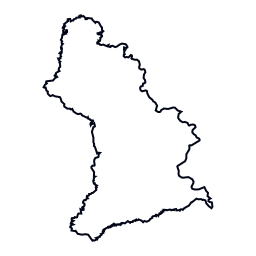 Lizarda, Tocantins, Brazil (Albers equal-area conic projection)
{"feature_id": "56859067B27503487579570", "entity_name": "Lizarda", "entity_type": "district", "adm_level": 2, "iso_a3": "BRA", "parent_name": "Brazil", "parent_adm1": "Tocantins", "projection": "albers", "projection_center": [-46.961, -9.496], "detail": "fine", "context": "isolated", "style": "outline", "palette": "ink", "viewbox_px": 256, "rotation_deg": 0, "n_neighbors": 0, "source": "geoboundaries", "source_scale": "gbopen_adm2", "svg_char_len": 5696}
<svg xmlns="http://www.w3.org/2000/svg" viewBox="0 0 256 256"><path d="M43.6,87.3L44.3,87.7L45.7,87.6L46.4,90.5L47.9,91.7L47.6,92.9L47.9,93.8L49.7,95.7L50.7,96.1L52.7,95.1L54.7,96.2L60.0,97.2L61.1,99.7L61.4,101.4L64.4,104.2L64.1,106.0L64.4,106.6L67.3,108.6L70.1,108.7L70.9,109.5L72.3,108.9L73.6,111.6L76.6,113.6L78.3,114.1L80.3,113.6L81.4,114.1L81.9,115.2L83.2,115.9L87.3,117.8L87.9,117.2L88.2,118.7L89.9,119.2L90.2,119.9L92.1,120.6L92.8,120.4L93.2,121.1L90.8,122.8L90.4,124.3L90.7,125.1L90.9,124.6L94.2,123.2L94.6,124.5L94.9,126.4L93.4,127.2L91.9,131.8L93.4,137.6L93.4,142.2L94.2,144.1L93.9,145.5L94.1,146.2L94.9,146.7L97.1,153.4L98.0,152.7L100.0,152.9L98.8,154.2L98.4,157.0L95.3,158.0L94.4,159.6L94.1,161.4L94.7,165.0L94.3,165.7L92.4,165.7L91.4,166.9L91.5,168.1L94.1,172.1L93.9,176.4L95.1,176.6L94.4,177.1L93.6,179.3L93.9,180.4L93.2,181.0L93.9,183.5L94.8,183.4L95.0,184.5L97.0,185.6L96.0,186.5L96.7,187.5L95.8,188.0L96.3,189.9L92.7,193.0L91.7,193.0L90.8,194.0L89.1,194.1L89.2,194.9L88.4,195.8L87.1,195.8L86.7,196.9L87.8,198.3L86.9,198.4L85.7,200.1L85.2,199.8L83.8,200.4L83.0,202.1L83.4,203.3L84.4,203.6L84.6,205.2L83.4,207.3L82.5,207.0L82.2,207.6L83.7,208.9L83.6,209.8L82.5,210.0L80.5,209.2L81.3,213.5L78.6,213.5L77.9,214.3L77.1,217.2L76.2,217.5L74.8,217.1L74.3,218.0L71.8,218.2L71.6,219.6L71.9,220.4L73.5,220.8L72.7,221.5L71.6,221.5L70.9,223.4L71.7,223.4L73.4,224.5L71.4,225.0L70.2,226.7L70.3,227.4L71.3,227.6L71.9,228.5L71.5,230.5L74.9,231.1L75.6,230.8L77.7,233.8L81.9,234.7L85.4,234.2L88.2,234.7L92.4,240.6L93.1,240.2L93.9,240.6L95.3,240.2L96.3,239.2L97.0,239.6L97.7,238.3L96.5,237.8L99.9,236.7L99.8,236.0L101.5,234.8L101.1,234.1L101.9,234.1L102.4,233.3L103.2,233.0L102.6,231.9L102.9,231.0L103.9,231.2L103.5,229.7L104.3,229.2L104.7,229.6L105.8,228.3L107.1,227.9L107.7,227.1L110.5,226.3L110.8,227.0L114.2,224.9L114.5,225.4L115.5,224.5L116.6,224.5L116.6,225.2L117.9,224.2L119.0,224.8L119.7,224.2L120.6,224.8L120.9,223.8L121.6,223.8L121.6,223.0L123.0,222.9L124.9,223.4L127.9,221.1L130.1,222.8L130.6,222.0L132.6,222.0L132.7,221.2L133.8,220.6L135.3,220.9L135.4,220.0L136.1,219.6L136.3,220.3L138.1,220.0L138.5,219.4L141.5,220.6L143.1,222.2L144.3,221.0L146.6,221.7L149.3,220.5L150.0,219.2L152.3,217.8L152.3,216.7L152.8,216.3L154.9,215.9L156.0,216.2L155.9,214.8L156.7,214.8L157.0,215.4L158.1,215.2L158.4,215.7L159.4,213.5L160.1,214.1L160.9,213.7L161.1,212.4L161.8,213.0L162.4,212.5L162.3,211.6L163.2,211.5L162.9,210.6L164.2,210.4L163.9,209.8L166.3,209.9L166.9,210.3L169.9,209.5L171.2,210.3L171.9,209.8L174.0,210.1L174.2,209.3L176.1,209.1L176.4,210.4L179.2,210.1L179.8,210.6L180.5,209.4L181.7,209.3L182.8,209.9L183.7,208.5L184.6,208.4L185.0,207.7L188.8,205.7L191.4,202.2L191.9,202.3L196.4,198.7L198.4,199.3L201.0,199.1L202.7,200.0L203.3,199.7L205.4,200.4L206.3,203.3L208.8,206.2L211.5,208.2L212.4,206.7L211.9,202.4L209.7,202.0L208.4,201.1L208.6,199.5L210.5,198.5L207.5,196.2L208.0,192.9L206.1,190.8L204.4,187.1L198.7,189.4L194.8,189.5L193.0,189.0L192.0,188.4L191.5,186.7L193.4,183.0L193.5,181.5L192.2,179.2L188.4,177.1L183.0,177.7L181.4,177.4L179.0,175.7L178.5,173.8L178.8,171.1L177.3,166.6L177.7,165.9L185.1,161.2L186.3,158.5L186.4,154.2L189.2,149.6L189.5,147.9L189.2,145.7L189.6,145.3L191.6,145.3L199.3,140.6L199.7,139.9L199.1,138.6L196.7,137.5L195.6,135.3L193.7,134.1L192.3,132.3L192.6,130.0L195.5,127.3L195.2,125.7L194.6,125.0L192.8,124.5L190.7,124.8L189.2,125.6L188.7,125.3L187.6,123.0L186.8,122.6L185.1,122.0L182.6,122.2L180.2,120.7L178.4,118.4L178.1,117.2L178.8,113.8L181.3,111.7L177.7,110.5L175.0,107.7L173.2,107.5L168.1,109.0L163.9,108.5L161.1,110.2L160.5,111.6L159.8,112.0L158.2,112.0L155.7,110.5L157.1,105.7L155.2,102.5L153.1,101.2L152.3,99.7L149.3,97.3L147.2,93.2L147.1,91.2L145.7,90.4L142.3,91.3L141.0,90.6L140.4,89.7L140.1,88.0L140.7,86.5L142.7,85.9L143.0,83.6L144.8,83.1L145.4,82.1L144.9,79.9L143.6,78.0L144.0,74.5L145.4,72.2L144.8,70.0L143.8,69.1L141.3,69.6L139.3,68.4L139.1,67.5L139.8,64.6L139.0,61.3L136.8,59.6L135.3,59.8L131.9,58.9L131.4,58.4L132.0,56.3L131.8,55.4L130.9,55.0L128.5,57.4L126.6,57.0L125.1,57.4L123.7,56.1L123.9,54.6L124.7,54.3L124.1,52.5L124.2,51.6L125.2,50.0L124.0,49.8L124.1,47.4L126.2,48.1L127.4,47.4L127.3,46.5L125.7,44.2L121.8,43.6L119.4,44.7L117.0,46.5L115.2,47.1L112.6,45.8L110.8,46.1L110.5,47.0L108.1,46.5L108.5,45.0L106.3,46.0L103.4,44.6L101.3,45.0L100.0,44.7L99.6,44.0L97.3,43.6L97.1,43.1L97.5,42.1L98.2,42.2L99.3,41.3L98.8,40.6L100.0,40.7L100.5,38.5L100.2,37.9L102.0,36.4L102.0,35.8L101.3,35.4L101.4,34.3L98.4,34.4L97.7,34.0L97.5,33.3L101.1,32.1L101.9,32.5L103.3,31.2L102.0,30.1L102.0,27.5L101.1,26.7L98.8,22.5L96.9,21.8L95.9,21.9L95.4,22.8L92.4,19.8L91.8,18.5L87.3,18.0L87.2,18.9L86.0,19.3L85.4,19.0L85.2,17.7L83.3,16.0L81.4,16.6L80.7,16.3L80.9,15.4L80.2,15.4L79.9,16.4L79.2,16.4L79.6,17.5L76.3,17.7L75.8,18.7L73.9,19.2L73.3,20.5L72.3,20.4L70.7,21.3L70.1,18.9L67.8,19.2L68.1,20.9L67.5,20.8L67.4,21.6L64.1,24.1L64.5,24.7L64.1,25.3L65.2,26.2L64.3,27.2L63.7,26.7L63.2,26.9L62.7,27.9L64.0,28.7L64.2,29.4L63.1,30.4L63.2,32.4L64.3,33.3L66.4,30.1L67.0,30.3L67.1,32.1L65.4,32.9L65.9,33.7L64.0,34.1L63.7,34.6L62.7,34.3L62.3,34.8L62.0,37.8L60.9,39.9L62.2,41.3L61.7,42.1L61.8,43.4L62.8,43.9L62.0,44.7L60.9,47.5L61.1,48.7L61.9,48.5L61.7,52.5L60.4,52.3L59.6,53.3L60.9,53.6L60.5,55.6L61.1,56.5L60.0,57.6L60.4,58.4L59.4,58.8L58.2,58.6L59.1,60.7L60.3,61.7L59.4,62.5L60.0,63.7L60.2,66.8L59.2,67.6L58.6,69.9L59.5,71.0L56.3,72.7L55.8,73.4L56.0,74.1L54.6,75.7L55.1,76.2L56.7,76.3L57.2,77.0L55.3,77.8L53.0,80.5L46.4,81.3L46.0,82.4L46.8,83.4L45.0,84.7L43.6,87.3ZM114.2,224.9L113.8,224.4L114.1,223.8L114.9,224.4L114.2,224.9ZM113.8,224.4L112.9,224.4L113.5,224.0L113.8,224.4ZM108.9,226.8L109.0,227.5L109.9,227.0L108.9,226.8Z" fill="none" stroke="#020617" stroke-width="2"/></svg>